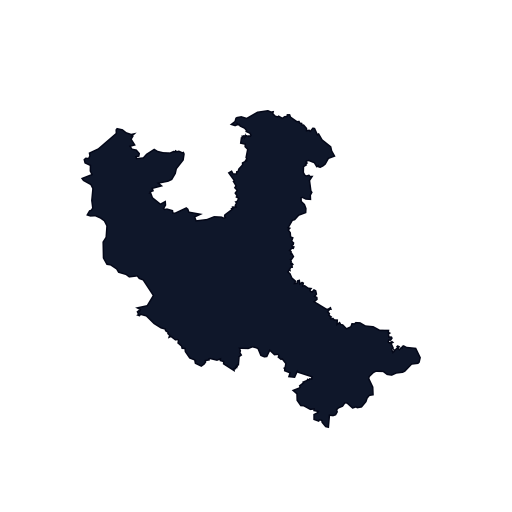 the district of Huejutla de Reyes, Hidalgo, Mexico, rotated 49°
{"feature_id": "50627088B61765776713895", "entity_name": "Huejutla de Reyes", "entity_type": "district", "adm_level": 2, "iso_a3": "MEX", "parent_name": "Mexico", "parent_adm1": "Hidalgo", "projection": "albers", "projection_center": [-98.458, 21.143], "detail": "fine", "context": "isolated", "style": "filled", "palette": "ink", "viewbox_px": 512, "rotation_deg": 49, "n_neighbors": 0, "source": "geoboundaries", "source_scale": "gbopen_adm2", "svg_char_len": 6141}
<svg xmlns="http://www.w3.org/2000/svg" viewBox="0 0 512 512"><g transform="rotate(49 256 256)"><path d="M398.3,320.3L400.3,318.2L407.4,315.6L409.6,312.4L410.7,313.6L414.0,311.0L413.9,311.9L414.9,312.1L413.7,316.2L417.4,319.4L421.7,317.0L421.2,315.5L423.3,314.2L425.0,315.2L430.5,315.3L432.7,313.7L424.3,305.0L427.0,302.6L428.0,300.1L426.9,297.0L424.9,296.1L424.7,293.4L426.1,289.2L425.1,285.3L426.7,283.7L434.1,282.8L435.5,279.4L436.9,279.1L439.1,275.4L438.0,268.6L436.1,265.4L435.5,261.9L437.5,258.7L431.5,253.9L422.5,251.4L421.2,249.7L420.9,243.9L421.6,241.1L426.6,235.7L431.4,234.7L434.9,231.7L436.3,226.9L439.9,221.6L440.5,219.3L439.6,209.5L443.2,204.2L443.1,202.5L440.4,198.8L430.5,196.1L423.7,202.5L420.7,203.6L420.3,204.8L421.4,206.2L420.5,206.6L420.8,209.3L418.9,209.7L418.4,207.5L416.9,208.1L416.9,208.9L418.0,208.7L418.3,212.8L417.3,213.5L418.6,214.0L418.7,216.0L415.3,214.9L415.5,212.9L410.5,211.4L411.0,209.4L409.9,209.6L409.0,212.5L407.6,212.6L406.5,211.0L407.8,209.6L407.2,207.3L406.1,207.0L404.2,208.9L401.7,207.1L401.9,205.7L400.5,206.3L399.1,204.8L393.3,211.4L386.3,214.0L380.6,219.4L374.7,221.4L371.8,224.4L371.9,226.2L370.1,228.0L371.7,230.8L370.3,235.5L364.9,235.8L363.3,237.1L361.1,236.6L360.9,239.8L357.7,236.7L355.6,238.9L353.6,238.9L352.8,240.8L351.7,240.6L351.3,239.2L348.5,239.9L347.5,238.3L345.2,238.7L344.5,235.2L345.3,234.4L343.9,233.8L343.5,236.6L342.3,237.8L328.6,242.2L328.7,238.4L327.2,237.3L324.9,238.3L324.4,235.4L321.4,233.8L319.6,234.5L320.0,237.3L318.6,238.0L317.1,237.8L316.7,235.8L314.5,237.8L310.4,238.8L309.4,240.6L307.5,238.1L306.2,238.6L305.8,241.3L302.8,239.3L302.1,240.8L303.5,243.0L302.0,245.1L301.0,242.7L296.1,243.4L291.7,242.0L289.0,242.4L288.3,239.9L289.0,239.7L287.8,239.0L287.5,237.0L288.2,236.0L286.4,234.9L286.5,233.7L285.1,233.7L284.6,234.8L283.1,232.9L281.3,232.3L281.8,231.3L281.0,228.1L277.4,227.4L277.1,228.3L275.6,226.6L273.8,227.0L273.7,223.7L274.7,222.9L274.0,221.5L272.6,222.5L271.5,222.1L271.8,220.5L270.8,219.1L268.1,219.4L266.4,216.3L264.3,217.4L260.9,214.9L257.5,214.6L257.2,212.3L255.7,213.2L252.9,205.2L253.9,203.0L253.2,197.0L255.8,190.0L252.9,187.2L248.9,185.7L244.5,186.1L241.7,183.9L242.0,182.6L245.7,181.0L249.0,177.7L245.7,175.1L244.6,172.1L242.9,171.9L234.1,166.1L232.8,161.5L231.5,163.1L229.8,163.1L228.8,165.4L227.2,166.2L224.0,165.5L219.7,161.5L220.2,158.4L219.0,158.3L219.3,156.5L218.0,156.7L217.4,155.8L218.5,153.5L223.9,150.7L228.4,151.5L228.7,149.8L229.4,150.4L231.1,149.4L231.9,146.4L232.0,143.5L229.8,137.3L232.1,131.2L226.3,130.0L222.6,128.0L211.7,130.0L205.0,128.7L204.9,130.2L198.2,128.2L196.9,129.2L197.6,133.4L196.0,133.4L194.6,135.7L192.8,134.2L188.4,134.2L187.4,135.4L185.9,134.6L184.4,135.9L182.7,135.3L181.5,137.0L173.8,138.9L171.5,138.0L170.0,139.7L171.1,141.2L169.7,142.9L169.4,145.8L165.3,147.2L165.3,148.3L163.2,149.8L159.5,150.0L158.4,148.4L157.3,150.2L154.2,151.7L148.5,160.6L146.1,172.8L141.3,175.8L139.1,179.5L138.9,180.7L140.8,183.6L140.5,188.3L143.9,186.2L144.5,184.3L143.7,183.3L145.4,183.4L145.7,182.3L147.5,182.7L152.1,180.7L155.2,180.8L155.6,181.7L159.3,180.0L161.5,180.5L162.0,181.7L160.7,182.5L160.9,183.3L158.9,184.3L159.1,185.7L158.2,185.2L158.9,186.5L157.9,185.9L157.1,186.7L157.7,187.4L156.7,187.9L158.2,189.1L157.4,189.6L160.8,193.5L164.6,190.7L166.4,192.5L170.0,192.2L175.2,198.9L176.7,199.1L177.1,201.1L178.0,200.8L176.9,205.1L178.5,206.4L179.1,211.8L180.5,214.2L179.8,215.3L181.4,216.9L179.1,219.5L176.0,218.8L175.4,222.0L184.2,222.8L185.3,223.2L185.0,224.1L190.0,225.0L190.6,227.2L194.2,227.0L194.9,230.4L198.4,230.8L198.6,232.1L201.2,231.2L202.5,234.7L201.9,235.8L203.4,235.9L204.1,238.3L206.0,238.8L203.8,241.5L204.9,241.8L204.2,243.3L205.2,243.4L204.6,252.5L205.3,253.6L206.8,253.8L206.5,255.4L204.0,256.6L199.0,261.8L196.4,269.1L190.2,278.2L186.2,276.7L188.0,270.6L178.8,278.0L176.0,276.8L174.0,277.1L170.6,289.2L168.9,290.6L167.0,289.3L162.2,292.4L161.0,294.4L159.5,294.7L158.2,290.9L155.4,288.8L154.2,294.2L144.1,296.0L139.3,294.2L138.7,294.9L138.2,293.7L139.2,290.9L136.8,290.0L141.1,281.3L136.8,282.1L141.8,273.3L142.9,269.4L140.7,262.8L137.8,258.9L135.7,248.0L131.8,243.4L130.2,242.9L129.9,243.9L126.3,245.5L125.4,247.4L123.9,247.7L124.3,248.8L123.1,249.6L122.0,253.3L117.2,258.4L112.4,261.8L108.8,262.9L107.5,271.8L108.1,276.7L104.2,282.3L102.3,281.5L103.7,278.9L102.1,276.9L97.5,276.9L94.0,279.6L90.5,279.1L92.6,274.7L85.9,273.7L84.9,270.7L84.0,271.3L83.9,267.8L82.4,270.5L77.8,273.2L73.1,274.1L68.8,277.3L69.1,278.8L71.9,281.0L71.8,304.7L69.1,314.2L71.3,315.5L72.4,317.5L72.3,318.8L70.6,320.3L70.6,322.4L73.6,323.9L79.0,321.5L83.2,325.3L87.0,326.3L83.4,336.4L85.8,336.6L93.8,333.7L98.1,334.8L106.4,343.5L112.7,347.7L113.5,350.2L112.8,352.0L114.3,356.4L117.1,354.7L120.2,350.8L125.3,348.4L130.0,347.3L135.5,348.7L143.6,356.8L145.2,362.2L157.4,372.4L164.5,373.9L167.3,371.5L174.4,369.6L178.1,370.3L184.7,366.1L188.6,365.3L193.1,358.6L196.4,358.8L200.0,356.8L218.5,359.3L222.2,370.7L217.3,379.6L220.5,378.3L221.4,380.3L220.4,380.4L220.3,382.1L223.1,382.9L223.0,384.0L224.6,383.1L224.2,381.4L229.3,378.0L240.1,377.2L248.0,374.8L251.5,372.4L253.1,373.2L256.1,372.4L256.8,373.4L259.2,373.1L260.3,374.9L260.9,372.9L266.4,371.8L267.6,369.9L268.9,369.9L270.5,371.9L275.2,371.2L277.2,372.3L279.2,370.2L281.8,372.0L289.5,372.9L294.0,370.5L295.6,370.4L295.3,371.0L297.2,372.1L303.2,369.5L303.5,366.0L302.9,363.6L301.6,362.9L303.6,359.6L302.8,359.1L303.2,357.9L309.0,353.8L310.3,350.2L311.5,351.5L314.5,349.6L316.1,351.2L328.1,347.7L326.6,346.5L327.5,345.5L326.7,344.7L327.4,343.9L326.4,343.4L327.0,342.7L326.0,342.2L326.6,340.7L320.8,334.8L321.1,332.1L318.3,331.6L317.3,330.0L314.7,329.0L320.7,322.5L322.2,318.2L325.4,316.0L327.3,315.2L334.2,317.5L337.6,315.8L338.9,313.8L336.1,307.4L342.6,306.8L344.6,303.9L346.5,304.1L346.9,305.5L350.4,304.9L350.8,303.7L356.8,304.0L359.6,307.6L358.7,308.6L359.8,308.1L361.4,309.6L366.6,306.9L368.6,310.3L372.8,306.4L370.0,300.4L371.3,300.5L383.8,293.0L385.4,294.6L383.9,296.2L384.4,297.3L383.0,298.0L383.5,299.0L382.1,303.2L382.9,303.4L382.6,308.2L383.9,308.6L384.1,309.8L381.8,316.2L386.9,315.5L391.9,319.6L398.3,320.3Z" fill="#0f172a" stroke="#020617" stroke-width="1.5"/></g></svg>